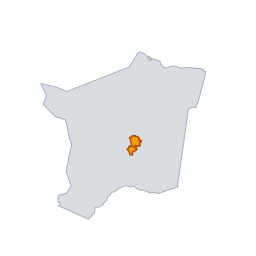 Laikipia North, Rift Valley, Kenya shown in context, rotated 249°
{"feature_id": "3690345B24506089948123", "entity_name": "Laikipia North", "entity_type": "district", "adm_level": 2, "iso_a3": "KEN", "parent_name": "Kenya", "parent_adm1": "Rift Valley", "projection": "albers", "projection_center": [36.962, 0.429], "detail": "fine", "context": "in_parent", "style": "filled", "palette": "amber", "viewbox_px": 256, "rotation_deg": 249, "n_neighbors": 0, "source": "geoboundaries", "source_scale": "gbopen_adm2", "svg_char_len": 5039}
<svg xmlns="http://www.w3.org/2000/svg" viewBox="0 0 256 256"><g transform="rotate(249 128 128)"><path d="M55.4,153.7L55.3,150.6L55.8,142.7L55.8,135.7L56.2,132.3L57.9,130.1L58.7,128.5L59.3,126.2L60.2,124.4L62.2,122.9L62.6,122.1L64.7,119.6L66.0,116.4L67.0,115.4L68.2,114.4L69.1,113.8L70.5,113.3L71.6,113.0L71.8,112.8L71.9,112.2L71.5,110.3L72.0,109.6L72.8,108.3L73.6,107.1L74.4,106.3L74.8,105.5L75.1,104.1L75.1,103.1L75.1,101.5L74.8,97.8L73.9,94.8L73.4,91.3L73.8,90.2L73.1,88.2L72.7,88.1L72.1,87.7L71.4,85.8L70.8,84.0L70.5,83.6L68.0,82.1L66.8,78.5L65.5,77.7L64.8,74.2L64.6,73.2L65.4,69.6L65.3,68.8L64.5,68.1L62.2,67.3L60.4,65.8L60.6,65.3L60.7,64.8L59.8,64.5L57.0,58.4L60.6,54.8L64.3,51.1L69.0,46.5L73.4,42.2L77.1,38.5L80.5,35.2L80.4,35.9L80.4,36.7L80.8,37.2L81.5,37.6L82.5,37.2L83.3,36.7L84.1,36.6L89.1,38.0L90.0,39.2L89.9,40.4L90.1,41.4L89.7,42.3L89.3,45.1L89.4,47.7L90.9,49.7L92.3,51.2L93.4,53.3L94.1,53.9L95.2,54.3L98.7,54.4L103.8,54.5L108.7,54.6L109.1,54.7L110.2,55.0L114.7,57.8L118.9,60.5L122.4,62.7L125.8,65.0L129.1,67.1L131.7,68.9L134.2,69.4L138.3,69.7L141.1,69.8L143.8,70.5L147.7,71.2L150.6,71.6L152.4,72.0L157.3,72.4L158.1,72.1L160.2,70.1L162.6,66.9L163.6,65.1L166.7,63.4L172.2,60.9L176.0,59.2L180.3,57.4L182.3,58.9L185.0,61.3L186.2,62.5L187.2,63.0L188.6,63.4L190.4,63.4L191.4,63.3L193.4,63.0L198.0,62.7L200.7,62.7L198.5,65.9L195.8,69.8L190.9,76.9L187.1,80.7L184.3,83.5L184.0,84.0L184.1,87.2L184.1,94.8L184.2,110.2L184.3,125.6L184.5,141.0L184.5,148.7L184.5,151.2L187.0,154.5L189.5,157.6L192.8,161.8L194.5,164.0L194.8,164.7L194.7,166.2L192.1,169.4L189.9,170.8L186.9,171.5L186.1,171.3L184.9,170.9L184.5,171.7L184.1,172.8L183.5,172.6L183.0,172.2L183.3,174.3L183.6,175.3L183.1,176.7L181.7,177.9L181.6,179.0L178.5,181.6L174.1,181.9L171.8,183.3L170.8,184.4L170.0,186.7L170.3,190.4L169.1,193.2L168.9,194.6L166.6,196.4L165.6,198.1L164.9,199.8L164.3,200.5L163.5,204.3L162.4,206.6L162.2,207.4L161.9,208.1L161.1,209.4L160.6,210.4L160.2,211.0L157.5,216.9L155.4,219.5L153.8,219.2L152.7,220.3L152.6,220.8L152.0,220.5L150.6,219.5L147.8,217.5L145.0,215.5L142.2,213.5L139.4,211.5L136.6,209.5L133.8,207.5L131.0,205.5L128.1,203.5L126.5,202.3L125.8,201.7L125.2,200.3L124.9,199.9L124.2,199.5L123.3,199.4L123.0,199.1L123.0,198.5L123.3,197.5L124.4,195.7L124.5,194.6L124.3,193.3L124.0,191.4L123.7,190.9L121.8,189.9L117.9,187.7L114.0,185.6L110.1,183.4L106.2,181.3L102.3,179.1L98.4,176.9L94.5,174.8L90.7,172.6L86.8,170.4L82.9,168.3L79.0,166.1L75.1,163.9L71.2,161.7L67.3,159.6L63.4,157.4L59.5,155.2L58.1,154.4L56.8,153.7L55.4,153.7ZM184.9,174.7L184.2,174.8L184.6,173.8L186.6,172.5L187.4,172.8L187.5,173.1L187.5,173.3L187.2,173.6L184.9,174.7Z" fill="#d9dde1" stroke="#a8b0b8" stroke-width="1"/><path d="M118.7,130.6L118.8,130.5L119.0,130.4L118.9,130.3L119.0,130.3L119.1,130.2L119.1,129.9L119.0,129.7L119.1,129.4L119.1,129.2L118.9,129.0L118.9,128.9L118.8,128.6L118.7,128.5L118.6,128.4L118.6,128.2L118.4,128.0L118.3,127.9L118.3,127.7L118.3,127.4L118.2,127.3L118.3,127.2L118.4,126.9L118.5,126.8L118.5,126.7L118.4,126.5L118.5,126.4L118.6,126.2L116.6,125.9L109.4,125.1L109.5,125.0L109.5,124.9L109.5,124.7L109.7,124.4L109.8,124.4L109.9,124.1L110.0,124.1L110.3,123.9L110.2,123.7L110.3,123.7L110.3,123.4L110.5,123.4L110.5,123.2L110.6,122.8L110.6,122.3L110.6,122.2L110.7,121.9L110.6,122.0L110.4,122.2L110.2,122.2L109.9,122.0L109.7,122.0L109.4,122.0L109.4,121.8L109.2,121.4L109.0,121.1L108.9,120.9L108.9,120.6L108.6,120.1L108.6,119.9L108.1,119.6L107.9,119.6L107.5,119.8L107.1,120.3L106.7,120.5L106.2,120.5L102.5,120.6L102.5,120.4L102.6,120.2L102.3,120.2L102.2,120.5L101.1,122.4L102.0,122.9L102.7,123.2L103.4,123.4L104.4,123.9L104.1,125.1L103.9,125.5L104.1,125.8L104.4,126.7L104.6,127.5L104.4,127.8L105.2,129.0L105.4,128.9L105.5,128.8L105.5,128.7L105.6,128.4L105.8,128.2L105.7,128.1L105.8,128.1L105.9,127.9L106.0,127.8L106.1,127.7L106.3,127.7L106.5,127.7L106.8,127.5L107.0,127.5L107.2,127.4L107.3,127.4L107.2,127.4L107.2,127.2L107.4,127.1L107.4,126.9L107.5,126.9L107.8,126.8L107.8,126.7L107.8,126.8L108.1,126.8L108.4,126.8L108.5,126.8L108.6,126.7L108.9,127.4L108.7,127.8L108.8,128.1L109.1,128.4L108.8,128.5L108.8,129.0L107.9,128.9L107.9,128.7L107.1,128.8L107.8,129.7L107.7,129.9L107.9,130.4L107.6,130.7L108.1,131.3L108.0,131.5L107.9,131.6L107.7,131.6L107.6,131.8L107.4,131.9L107.2,132.0L107.0,132.3L106.9,132.4L106.9,132.5L106.9,132.8L108.4,133.1L108.4,133.4L110.0,133.5L110.1,133.8L110.1,134.0L110.2,134.3L110.1,134.6L110.1,134.8L110.3,134.8L110.3,135.0L110.3,135.3L110.5,135.5L110.8,135.6L111.0,135.6L111.3,135.7L111.4,135.8L111.4,135.7L111.5,135.8L111.6,135.7L111.9,135.1L111.6,135.0L111.4,134.3L112.7,133.8L112.8,133.9L112.8,134.0L112.9,134.3L113.2,134.3L113.9,134.3L113.9,134.8L114.3,134.8L114.5,134.7L115.0,134.5L115.3,134.5L115.4,134.4L115.5,134.3L115.7,134.2L115.8,134.2L116.1,134.0L116.2,133.6L116.3,133.6L116.5,133.7L117.0,133.1L117.1,132.8L117.1,132.7L117.5,132.3L117.5,132.2L117.8,132.2L118.0,132.2L118.3,131.9L118.3,131.7L118.4,131.4L118.4,131.2L118.5,131.1L118.6,130.9L118.6,130.7L118.7,130.6Z" fill="#f59e0b" stroke="#b45309" stroke-width="1.5"/></g></svg>